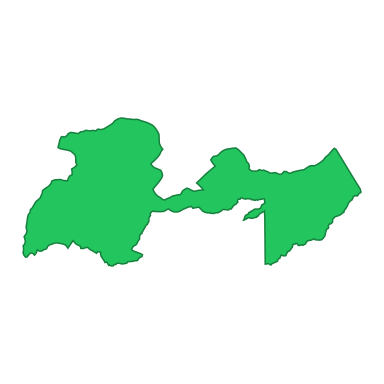 the district of Belgut, Rift Valley, Kenya
{"feature_id": "3690345B57157078015490", "entity_name": "Belgut", "entity_type": "district", "adm_level": 2, "iso_a3": "KEN", "parent_name": "Kenya", "parent_adm1": "Rift Valley", "projection": "albers", "projection_center": [35.283, -0.399], "detail": "fine", "context": "isolated", "style": "filled", "palette": "green", "viewbox_px": 384, "rotation_deg": 0, "n_neighbors": 0, "source": "geoboundaries", "source_scale": "gbopen_adm2", "svg_char_len": 6031}
<svg xmlns="http://www.w3.org/2000/svg" viewBox="0 0 384 384"><path d="M97.9,129.1L95.8,130.8L92.5,130.4L90.4,130.9L88.1,130.7L86.3,130.3L85.5,130.4L83.3,131.5L80.4,131.9L78.4,133.6L73.0,132.7L70.7,132.4L68.2,133.6L67.0,135.6L64.4,137.2L62.3,136.5L61.1,137.1L59.8,140.2L58.0,147.4L59.4,148.4L61.4,149.0L68.2,150.3L70.5,151.0L71.1,151.4L74.0,154.0L74.8,154.5L75.6,157.0L75.8,159.4L75.8,162.5L76.9,165.1L74.2,167.5L71.7,169.0L72.1,171.9L72.0,175.0L70.0,175.6L68.6,177.7L67.5,180.7L65.0,180.7L62.4,180.3L60.8,179.5L55.1,179.8L54.0,180.1L51.8,181.1L51.0,183.5L48.8,186.1L43.9,189.4L42.4,191.0L42.2,193.4L40.7,196.5L40.3,197.8L35.8,201.7L32.4,207.6L30.4,209.7L30.0,212.6L28.4,214.4L27.6,217.0L26.8,223.0L26.4,225.1L26.1,227.7L27.1,231.1L26.0,234.1L24.1,236.6L25.4,241.2L24.7,243.9L23.2,245.8L23.6,249.6L23.0,252.9L24.1,255.4L25.5,257.1L27.2,256.9L28.7,254.8L30.9,252.8L33.2,253.6L34.5,255.2L36.2,253.0L37.4,249.9L39.2,251.1L41.6,251.1L43.8,249.7L46.5,248.9L47.7,246.3L49.7,244.8L52.0,244.2L54.1,243.3L55.1,243.0L57.6,243.0L62.6,243.9L65.8,245.2L67.9,248.2L73.0,240.6L75.9,244.0L80.4,246.3L80.7,248.4L83.2,248.6L85.0,247.9L87.5,247.3L90.2,249.7L92.3,250.7L96.5,253.3L97.8,251.5L100.6,252.4L100.6,254.1L101.1,256.2L104.2,260.9L104.9,262.5L107.2,262.3L107.8,264.0L108.4,264.5L108.7,265.3L109.3,264.9L110.0,265.5L111.2,265.9L112.3,266.0L113.5,265.7L113.8,264.8L116.1,264.3L116.5,263.6L117.5,263.3L118.7,263.1L122.1,264.0L126.0,263.4L127.0,263.0L127.4,262.0L128.5,261.7L132.3,261.4L133.9,261.1L135.2,260.7L136.0,260.6L136.9,260.7L137.7,260.3L138.0,259.4L138.6,258.6L140.2,257.3L141.9,256.6L142.5,254.7L140.0,253.4L134.5,251.4L132.6,250.5L131.6,249.3L132.5,247.5L133.6,246.1L135.9,244.9L136.8,243.9L137.2,242.8L138.7,240.2L139.3,239.6L139.6,238.9L139.5,238.1L139.7,235.9L140.0,235.2L140.6,234.5L141.0,233.6L142.0,233.4L142.0,232.7L142.3,231.9L142.9,231.0L144.6,228.0L145.1,227.3L145.9,225.5L147.3,224.5L149.0,221.1L148.8,219.9L149.0,219.0L148.9,218.2L149.4,217.1L150.5,215.5L150.2,214.6L150.5,213.1L151.8,211.7L153.4,211.0L154.4,211.5L155.1,211.6L157.5,211.6L160.3,211.7L163.4,211.4L165.2,210.8L165.8,210.2L166.5,210.0L167.3,209.3L168.2,208.9L171.3,210.9L173.6,211.8L174.9,212.0L177.3,212.0L179.9,211.2L182.9,209.4L185.5,208.3L188.8,206.9L190.3,206.8L191.2,206.4L192.5,207.5L192.8,208.2L193.5,208.2L196.0,207.6L196.9,207.6L198.0,207.2L199.5,207.4L200.0,208.4L200.9,209.1L202.3,210.9L204.8,212.2L207.3,212.9L208.3,212.7L210.8,213.3L213.6,213.5L215.2,213.0L217.2,212.7L218.1,212.8L219.9,211.6L220.9,211.3L222.6,209.6L223.7,209.5L228.5,210.0L229.3,209.3L230.0,208.9L231.2,209.0L231.6,208.2L232.3,207.7L233.0,206.2L234.8,204.7L235.6,204.5L237.9,202.1L237.5,201.3L237.4,200.4L238.0,199.5L238.7,199.0L239.6,199.3L240.3,199.0L240.6,198.0L241.6,197.8L243.1,198.6L245.8,199.1L247.3,198.6L248.0,198.8L250.4,198.8L251.2,199.5L251.9,199.9L252.9,199.5L253.8,200.1L255.1,200.3L256.7,199.7L257.4,200.2L259.4,199.5L261.5,199.3L263.2,198.8L264.2,198.9L264.5,199.7L264.5,200.4L264.8,202.2L264.6,203.3L262.9,204.4L261.9,204.8L260.5,208.1L259.2,208.8L257.9,209.1L254.8,209.1L253.4,209.9L251.9,211.1L251.0,211.1L249.9,212.3L249.0,212.4L248.3,213.4L248.1,214.2L245.7,215.3L245.0,216.4L244.5,217.7L244.1,219.2L243.6,220.1L244.5,220.0L245.3,219.2L246.4,219.0L247.2,218.4L248.7,217.7L249.5,217.7L250.5,218.2L251.4,218.3L254.2,217.9L254.9,217.5L256.5,217.3L256.8,216.5L257.7,216.4L259.4,214.2L260.3,213.4L262.0,212.6L262.8,211.9L263.8,211.6L264.4,211.1L264.8,216.9L265.2,264.1L266.9,264.0L267.6,263.6L269.0,263.9L270.7,265.0L271.3,264.7L271.9,263.7L276.4,261.8L277.5,261.2L277.7,260.3L278.2,259.2L278.9,258.7L279.8,258.3L281.1,255.0L281.8,255.2L282.5,255.6L284.3,255.9L285.9,255.6L286.9,253.1L287.7,251.5L288.6,251.5L290.0,250.5L291.5,248.1L292.2,247.6L292.8,245.3L293.1,244.3L295.1,244.1L295.8,243.4L296.7,243.4L297.4,244.3L298.1,244.8L298.3,245.5L300.2,245.4L300.9,245.0L301.9,244.6L302.6,245.3L303.7,245.0L304.4,244.4L305.5,244.0L306.0,242.8L306.6,241.9L307.9,240.5L308.7,240.7L309.6,240.4L311.1,240.2L313.6,239.0L314.3,238.9L314.6,239.5L315.4,239.8L319.4,240.1L321.3,239.9L323.2,238.4L324.9,235.7L325.2,235.0L325.4,233.3L326.5,229.4L327.5,228.9L328.3,228.3L328.6,227.6L328.3,226.4L328.6,225.1L329.1,224.2L330.3,224.0L331.5,223.3L332.3,222.3L332.7,221.6L332.4,220.7L332.8,219.2L335.1,216.7L337.9,215.9L340.7,214.6L343.0,212.7L343.9,212.3L344.2,210.6L345.2,209.2L345.8,208.7L346.8,207.0L349.0,202.3L351.1,200.3L351.9,200.0L352.7,198.5L352.8,197.5L354.5,195.8L355.5,195.7L357.3,195.9L358.0,195.4L357.9,194.5L358.5,193.9L359.6,193.4L361.0,192.1L360.1,188.8L355.7,181.8L336.1,149.5L334.3,148.3L332.5,150.0L328.8,154.4L325.2,157.5L323.4,160.0L320.8,162.1L318.2,163.9L315.7,165.3L314.1,165.8L311.6,165.6L309.5,166.1L306.6,167.9L303.9,169.8L301.1,170.1L295.7,171.3L293.1,172.0L290.6,173.2L288.5,173.0L286.3,171.5L284.0,171.5L281.5,174.2L278.6,174.2L276.9,173.1L274.8,172.6L272.6,173.0L270.0,173.1L267.6,171.6L265.6,171.0L263.8,170.1L261.5,170.5L259.4,169.6L256.9,171.1L254.4,171.1L251.4,170.9L248.9,168.8L249.4,166.0L248.5,163.5L246.8,161.7L245.9,159.3L244.1,155.5L241.5,152.7L238.0,149.3L235.9,148.0L232.9,148.2L226.0,149.3L225.3,149.7L223.1,150.6L220.6,152.5L218.0,155.2L215.7,156.1L213.5,156.3L212.0,158.0L210.7,159.9L212.8,163.3L215.3,166.0L206.3,173.6L196.6,183.0L198.6,184.7L201.9,188.0L203.3,190.0L199.3,190.2L194.9,191.2L192.6,190.8L188.6,188.7L186.6,188.2L184.5,189.5L182.5,191.0L181.5,193.1L180.1,194.7L178.0,194.8L172.6,196.0L169.8,197.7L166.5,198.9L165.0,200.0L162.7,199.5L160.3,197.5L157.8,196.2L155.2,193.5L152.8,189.4L159.2,181.6L161.8,177.7L162.6,175.6L161.9,172.6L160.7,170.2L154.2,167.6L152.1,165.7L150.9,163.6L154.3,160.7L158.1,156.7L159.9,154.1L161.2,151.1L162.8,149.4L160.9,146.7L159.5,143.8L159.2,140.8L159.0,134.5L157.7,131.8L156.4,129.6L154.5,127.1L152.4,125.1L149.5,123.6L146.6,122.4L140.5,120.5L138.9,119.8L136.6,119.3L133.4,119.5L129.7,119.0L126.8,118.9L124.9,118.4L121.6,118.0L120.2,118.2L118.0,118.9L115.2,120.5L114.4,121.2L113.1,122.9L111.1,124.5L103.8,128.9L101.0,129.6L97.9,129.1Z" fill="#22c55e" stroke="#15803d" stroke-width="1.5"/></svg>